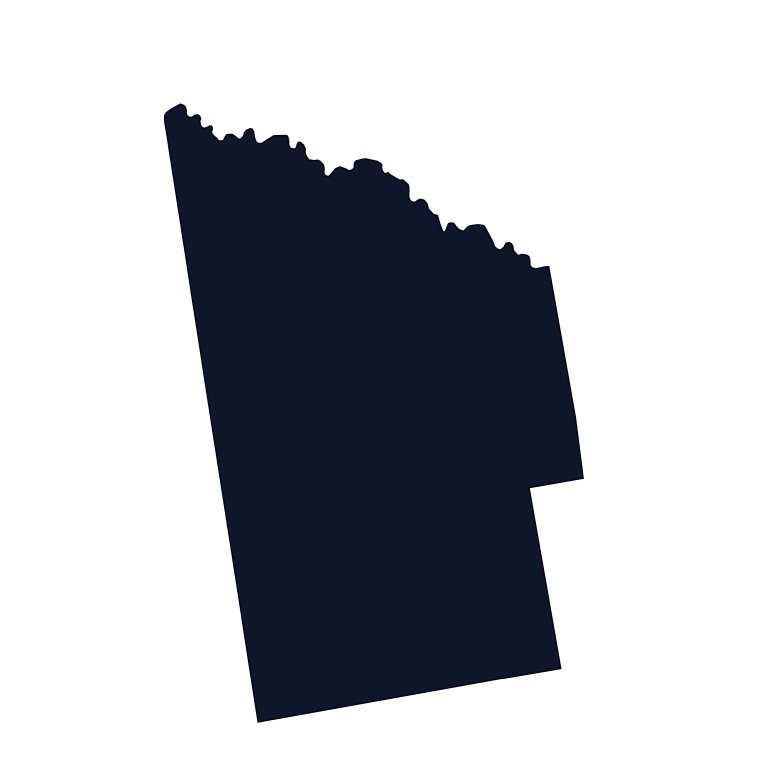 outline of McCurtain, Oklahoma, United States of America, rotated 170°
{"feature_id": "52423323B44791515343286", "entity_name": "McCurtain", "entity_type": "district", "adm_level": 2, "iso_a3": "USA", "parent_name": "United States of America", "parent_adm1": "Oklahoma", "projection": "equal_earth", "projection_center": [-94.759, 34.062], "detail": "fine", "context": "isolated", "style": "filled", "palette": "ink", "viewbox_px": 768, "rotation_deg": 170, "n_neighbors": 0, "source": "geoboundaries", "source_scale": "gbopen_adm2", "svg_char_len": 2531}
<svg xmlns="http://www.w3.org/2000/svg" viewBox="0 0 768 768"><g transform="rotate(170 384 384)"><path d="M201.4,317.3L201.5,470.8L204.9,471.3L214.5,470.9L217.9,472.5L219.7,474.8L219.0,481.5L219.1,483.7L220.4,485.6L225.1,487.6L229.1,487.1L230.5,488.2L231.7,489.8L233.5,493.3L233.3,497.2L234.0,499.5L235.9,501.4L239.3,501.4L242.0,497.8L246.0,495.6L249.0,497.0L251.3,500.0L252.5,505.9L257.7,521.8L258.9,522.9L263.9,524.5L271.7,524.8L274.8,523.7L279.1,520.4L283.3,522.9L285.8,526.4L287.3,529.9L289.5,530.9L292.2,530.7L293.1,530.0L296.0,524.8L297.5,523.4L298.5,523.2L299.8,524.0L301.4,532.7L302.2,540.7L305.7,542.1L310.0,548.6L310.4,554.0L312.8,558.1L315.3,559.3L317.2,559.4L319.0,558.9L321.1,557.8L323.2,557.6L324.6,558.3L325.8,559.5L326.7,560.5L327.2,563.4L327.1,565.5L325.8,570.7L325.5,573.9L325.7,576.2L330.1,581.7L332.8,581.8L334.9,583.2L342.2,589.5L343.3,591.4L345.8,590.7L347.0,591.1L348.7,594.0L349.0,597.7L348.1,600.0L349.4,602.1L352.2,604.4L362.8,608.8L366.8,609.0L372.5,608.5L374.0,607.6L375.0,605.8L375.7,602.0L377.2,600.9L379.6,600.0L382.4,600.3L383.9,602.0L389.5,605.4L394.2,604.3L401.9,598.0L404.1,598.5L405.6,599.2L406.4,600.9L406.6,602.9L405.6,606.7L405.7,610.3L408.3,614.3L410.3,615.9L413.5,615.9L419.0,617.6L420.7,620.8L421.7,625.2L420.8,629.5L421.6,632.3L421.8,633.2L424.4,636.4L426.5,636.8L427.9,634.8L428.7,632.6L429.9,631.5L431.4,630.8L433.6,631.5L435.6,632.6L436.4,636.8L435.8,639.3L435.8,642.4L436.1,644.8L437.3,645.7L449.4,647.5L462.9,642.0L466.6,642.9L468.0,644.9L468.6,647.4L468.9,650.2L468.6,655.2L469.8,658.0L471.5,658.6L475.5,657.6L478.0,655.2L479.6,652.1L483.0,649.8L485.3,650.8L488.0,654.1L490.2,656.0L492.5,656.6L495.8,656.6L497.5,654.7L499.2,652.3L501.2,651.3L504.9,652.2L506.3,655.2L508.4,657.6L510.0,660.1L510.3,662.1L508.9,664.8L508.7,666.6L509.5,668.1L510.6,668.3L512.8,667.5L516.8,666.8L519.4,669.1L519.9,671.3L519.8,675.3L518.6,677.1L519.1,679.8L521.0,681.4L523.7,681.4L526.4,680.0L529.3,680.2L531.5,682.4L531.9,685.7L531.2,687.3L531.6,691.2L533.0,693.1L535.9,694.9L544.4,692.1L551.3,688.9L553.4,686.3L554.3,680.0L554.4,669.2L554.5,662.2L555.0,645.0L554.9,642.4L555.3,628.6L555.3,624.8L555.8,601.2L555.8,599.0L555.9,597.2L556.3,574.3L556.5,569.6L556.6,564.7L556.9,545.5L557.3,530.7L557.7,509.8L557.8,509.6L558.5,470.3L558.6,468.1L558.7,459.1L558.8,456.6L559.8,413.1L559.8,411.7L562.1,294.3L564.3,181.3L564.5,176.1L565.1,146.0L565.3,137.8L565.4,134.2L566.6,73.1L319.2,73.8L316.6,73.5L259.4,73.2L259.2,256.8L204.3,256.7L201.4,317.3Z" fill="#0f172a" stroke="#020617" stroke-width="1.5"/></g></svg>